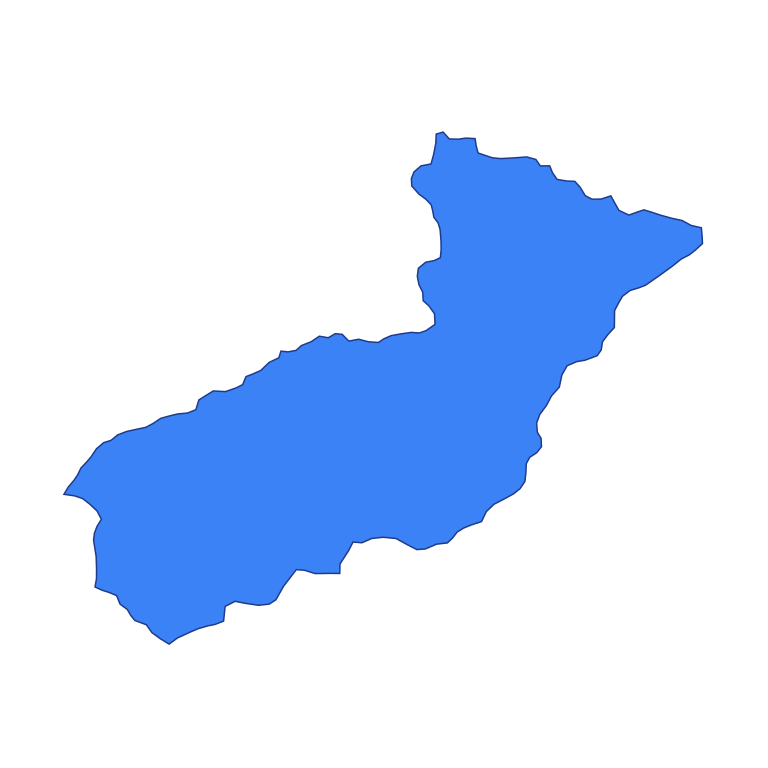 Capetinga, Minas Gerais, Brazil (Natural Earth projection), rotated 267°
{"feature_id": "56859067B5819278001794", "entity_name": "Capetinga", "entity_type": "district", "adm_level": 2, "iso_a3": "BRA", "parent_name": "Brazil", "parent_adm1": "Minas Gerais", "projection": "natural_earth1", "projection_center": [-47.021, -20.66], "detail": "fine", "context": "isolated", "style": "filled", "palette": "blue", "viewbox_px": 768, "rotation_deg": 267, "n_neighbors": 0, "source": "geoboundaries", "source_scale": "gbopen_adm2", "svg_char_len": 2740}
<svg xmlns="http://www.w3.org/2000/svg" viewBox="0 0 768 768"><g transform="rotate(267 384 384)"><path d="M560.0,620.4L557.3,610.4L557.7,601.3L561.6,594.8L570.2,590.2L576.4,585.1L577.1,577.2L579.3,567.5L586.2,563.3L593.2,560.9L593.6,551.5L600.3,547.4L603.3,538.3L603.0,525.6L603.0,512.3L604.2,504.2L606.9,497.2L609.8,490.0L617.2,488.5L624.3,487.8L625.3,478.5L624.6,471.5L625.3,462.0L632.5,456.2L630.8,449.2L622.0,448.4L611.0,445.7L601.3,442.5L599.9,432.4L594.3,425.1L587.7,422.1L580.3,422.1L571.8,428.8L566.4,435.4L560.5,440.5L554.5,441.7L548.0,442.5L541.9,446.5L535.3,448.1L524.0,448.4L515.3,448.1L507.2,446.9L504.6,440.5L503.4,432.0L497.8,424.4L489.8,422.9L481.4,424.1L473.6,427.5L465.1,427.5L459.7,432.9L451.5,438.1L440.9,438.1L435.1,428.8L433.1,422.0L434.1,414.0L433.2,403.6L431.9,393.6L429.2,386.4L425.8,380.6L426.9,371.0L430.0,361.0L428.7,351.1L435.8,344.8L436.8,337.9L433.1,330.8L435.1,321.9L430.0,313.4L426.7,303.5L422.2,298.0L421.1,289.9L422.2,282.8L415.7,280.4L411.6,270.5L404.0,261.7L400.9,253.6L398.6,246.6L390.8,242.8L387.9,236.3L384.7,225.2L386.0,213.2L382.3,206.4L377.8,198.3L368.2,194.8L365.3,186.3L364.9,176.5L363.5,168.8L361.4,159.3L356.5,151.0L353.2,143.9L351.7,134.3L350.1,124.7L347.2,115.5L342.0,108.4L340.1,101.0L334.4,93.5L326.4,87.5L321.6,82.9L316.0,77.0L309.3,73.3L304.1,69.4L297.6,63.3L290.6,58.6L288.5,69.1L285.4,77.0L279.2,84.1L272.2,90.8L263.7,94.7L256.9,90.0L250.1,87.0L243.3,85.8L235.6,86.6L227.0,87.5L215.1,87.3L204.7,86.7L196.4,84.8L192.8,91.7L190.2,98.6L186.7,105.9L178.0,108.9L172.2,115.9L166.3,118.9L160.9,122.8L156.0,134.1L147.9,139.2L141.3,147.3L135.5,155.8L141.3,164.6L146.9,178.8L149.4,185.7L151.7,195.6L152.7,202.5L155.6,211.4L170.2,213.7L174.8,224.0L172.5,232.8L169.6,247.0L170.2,257.8L174.1,264.7L187.4,273.2L203.2,286.7L202.2,294.7L198.3,305.3L198.0,312.4L197.7,320.4L197.1,329.9L206.5,330.6L214.0,336.0L219.4,339.9L227.8,344.8L226.6,353.6L230.4,363.7L231.0,375.3L229.1,387.9L222.0,399.4L216.9,408.2L217.1,416.6L221.3,428.1L222.0,439.0L226.6,444.4L232.3,449.3L235.9,455.8L238.6,463.5L241.5,474.2L251.2,479.5L258.2,487.6L263.1,498.4L267.5,507.6L272.5,514.5L279.3,519.6L288.3,521.1L297.0,521.9L303.2,525.7L307.4,532.9L313.2,538.0L321.6,538.0L327.8,534.6L337.1,534.4L345.5,538.0L354.2,545.2L363.3,550.6L371.7,558.9L383.7,562.1L392.7,567.9L396.3,577.8L397.2,585.9L401.1,598.3L406.6,602.7L414.7,604.4L421.9,610.4L428.3,617.0L438.9,617.7L445.2,618.1L453.1,622.8L459.1,626.7L464.5,634.6L466.7,643.4L469.0,650.4L478.1,665.0L486.5,678.0L493.3,687.5L497.1,695.8L501.4,701.9L507.6,709.4L515.9,709.4L523.4,709.1L526.3,699.0L531.7,690.2L534.4,680.2L538.2,668.8L541.8,659.6L544.3,652.7L542.5,646.1L539.9,637.3L545.1,627.7L552.5,624.0L560.0,620.4Z" fill="#3b82f6" stroke="#1e3a8a" stroke-width="1.5"/></g></svg>